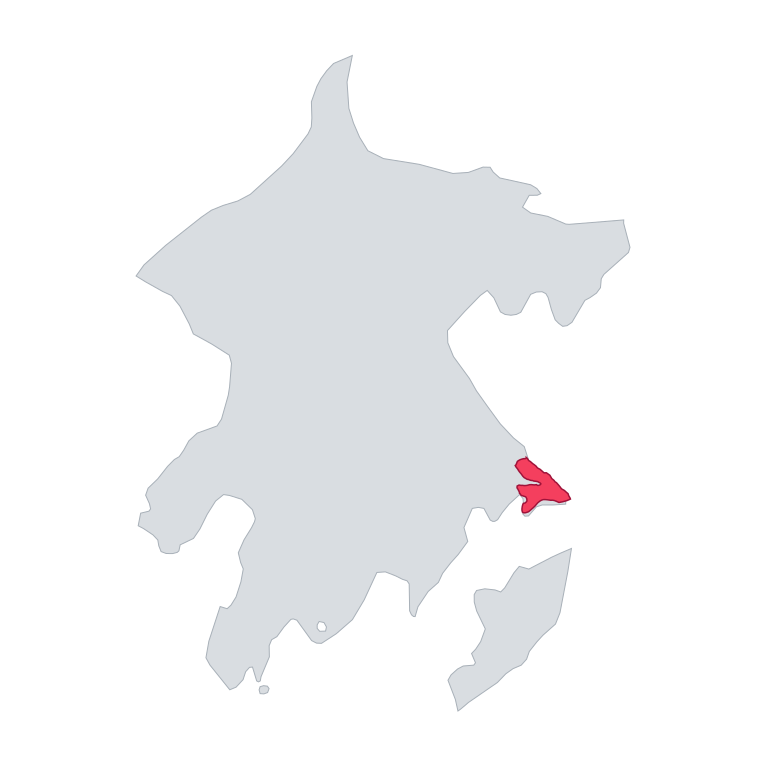 Zangilan District, Zəngilan, Azerbaijan shown in context, rotated 268°
{"feature_id": "54616110B64107713492867", "entity_name": "Zangilan District", "entity_type": "district", "adm_level": 2, "iso_a3": "AZE", "parent_name": "Azerbaijan", "parent_adm1": "Zəngilan", "projection": "robinson", "projection_center": [46.661, 39.06], "detail": "fine", "context": "in_parent", "style": "filled", "palette": "rose", "viewbox_px": 768, "rotation_deg": 268, "n_neighbors": 0, "source": "geoboundaries", "source_scale": "gbopen_adm2", "svg_char_len": 4909}
<svg xmlns="http://www.w3.org/2000/svg" viewBox="0 0 768 768"><g transform="rotate(268 384 384)"><path d="M539.6,629.3L536.2,629.1L512.0,634.6L506.9,632.9L485.9,607.6L481.6,604.8L472.7,603.7L467.4,599.5L463.1,592.8L460.6,587.7L439.1,574.0L435.9,569.0L435.4,564.6L438.5,560.7L442.2,557.3L452.6,553.9L464.8,551.0L468.7,548.9L470.7,545.2L470.6,539.4L468.5,533.7L450.9,523.2L448.9,518.7L448.3,513.2L449.3,507.4L452.0,502.9L466.3,496.8L473.9,490.4L469.1,483.3L453.6,467.1L435.2,449.3L423.0,449.2L408.9,454.4L386.5,469.6L374.0,476.1L357.8,486.8L340.1,498.8L325.6,511.5L316.5,522.0L300.4,526.5L292.2,535.3L265.2,561.7L257.6,561.4L257.2,548.3L257.6,537.9L255.9,532.0L247.1,523.8L247.0,520.2L249.4,518.1L256.1,519.4L264.7,518.9L268.8,515.7L259.6,504.9L251.4,497.7L244.4,492.8L242.9,489.9L242.9,487.9L244.3,485.4L256.2,479.5L257.4,474.0L256.6,467.9L237.8,458.9L223.7,462.2L211.0,452.2L202.9,444.4L192.8,436.0L183.8,431.4L175.1,420.9L160.1,410.1L150.5,407.0L150.6,405.4L152.4,403.4L156.4,401.7L183.3,402.2L186.5,400.2L188.2,395.6L191.9,388.8L196.2,378.8L195.9,370.3L169.0,356.7L149.6,344.2L136.1,327.6L127.0,312.5L127.4,307.5L130.1,302.7L151.0,288.7L152.4,285.1L152.0,282.7L144.6,275.5L135.3,268.2L132.4,262.8L126.5,260.1L115.3,259.9L95.8,250.9L91.6,250.0L90.7,248.2L91.7,246.4L105.7,242.7L105.5,239.7L101.3,235.7L93.4,232.8L86.2,225.6L83.8,219.2L109.1,200.3L116.6,196.5L133.1,200.0L167.3,212.5L164.9,219.4L168.4,223.4L176.3,228.7L191.3,234.1L204.1,236.9L210.6,234.5L220.4,232.5L233.2,238.7L245.0,246.6L250.9,249.8L254.0,250.7L263.0,248.1L273.7,237.9L278.0,225.7L279.1,219.8L272.9,211.6L260.0,202.8L245.6,195.0L236.3,188.2L230.4,174.7L224.4,173.2L222.9,171.4L221.9,166.8L222.2,160.4L224.3,155.4L230.1,153.3L236.0,152.5L241.3,147.8L248.0,138.5L250.9,133.4L263.4,136.3L265.1,144.6L267.3,146.4L272.6,145.4L281.2,141.9L288.1,144.6L297.0,154.5L309.3,164.9L315.9,171.9L318.5,176.8L324.8,181.5L334.0,187.0L341.4,195.6L347.9,215.7L354.6,220.4L378.3,228.0L386.7,229.6L410.0,232.3L418.2,230.4L430.1,213.0L440.7,195.2L450.8,191.5L468.9,182.8L479.8,174.7L484.3,165.9L494.4,149.3L500.6,140.0L511.4,148.3L530.2,170.7L557.1,207.3L563.7,217.6L568.1,229.6L572.0,244.2L578.2,257.0L605.5,289.4L617.4,301.3L636.6,316.8L643.4,320.3L652.3,321.2L668.6,321.3L683.8,327.3L691.3,331.6L699.1,337.7L706.1,344.8L713.4,363.8L687.1,357.6L660.7,358.5L645.9,362.6L631.5,368.2L617.7,376.0L609.3,391.3L602.3,426.9L592.0,460.2L592.5,475.7L597.3,490.5L596.9,497.6L592.0,500.5L585.9,506.8L578.0,537.5L574.0,543.6L568.8,547.4L567.3,543.8L567.5,535.7L555.9,528.6L549.8,536.6L545.8,553.5L537.5,571.2L537.1,574.6L539.6,629.3ZM147.7,315.7L148.9,310.9L145.6,308.8L142.1,308.7L139.1,311.1L139.1,317.0L143.2,318.0L147.7,315.7ZM60.3,454.2L56.4,449.2L54.6,446.5L66.3,444.3L85.7,437.6L91.0,440.9L96.6,447.6L99.4,453.3L99.9,463.9L102.2,465.7L111.6,462.1L115.8,466.4L123.1,471.6L135.7,476.7L153.9,468.7L162.9,466.6L170.4,466.8L174.4,469.3L175.8,477.6L174.3,487.8L172.1,493.4L176.0,497.5L190.8,507.3L197.0,512.8L194.0,522.3L205.0,545.4L208.8,554.5L213.1,565.6L190.3,561.2L149.3,551.9L138.1,547.0L127.4,534.1L121.1,527.9L111.7,519.9L104.0,516.9L98.2,511.3L95.0,503.0L90.1,495.6L81.7,486.9L62.8,457.3L60.3,454.2ZM86.1,256.9L83.6,258.5L79.7,256.9L78.5,253.2L78.9,249.4L82.7,248.5L85.8,249.6L86.7,253.1L86.1,256.9Z" fill="#d9dde1" stroke="#a8b0b8" stroke-width="1"/><path d="M298.0,512.3L296.7,512.9L295.3,513.9L294.2,514.7L292.7,515.5L291.5,516.3L290.2,517.3L289.6,517.8L288.1,518.8L286.9,519.6L285.5,520.9L284.8,522.1L283.7,523.8L283.6,525.0L283.2,525.6L282.5,527.5L282.3,529.2L281.8,530.2L281.5,532.1L281.2,533.6L280.7,534.9L280.2,535.5L279.5,536.8L278.7,537.3L277.9,536.7L277.3,535.1L277.3,533.8L278.1,533.0L277.9,530.8L278.1,529.2L278.3,527.9L278.3,526.1L277.7,523.5L277.6,522.0L277.6,520.4L277.9,518.9L277.9,517.4L278.3,515.4L277.4,513.5L275.6,513.3L274.1,514.2L271.3,515.5L270.0,515.6L269.6,516.2L268.5,516.8L267.8,517.4L267.6,518.2L267.2,519.3L266.8,520.3L266.4,521.6L265.4,522.2L264.3,522.7L262.2,522.8L260.9,521.8L260.2,520.9L259.8,519.0L258.2,518.3L256.7,517.9L254.4,517.5L252.7,517.5L251.1,517.9L250.4,519.1L250.4,521.0L251.2,523.8L252.0,525.0L253.9,527.3L255.1,528.8L256.8,530.7L258.4,532.1L259.9,533.5L261.6,535.8L262.4,537.4L262.9,539.0L262.9,540.9L262.6,543.2L262.0,546.6L262.0,548.4L261.6,550.2L260.6,552.5L259.5,554.7L260.0,558.1L260.7,561.2L261.1,562.7L261.8,564.6L262.5,566.3L263.5,566.0L265.9,564.7L268.0,564.1L269.3,562.6L271.3,560.6L272.4,558.8L273.1,557.7L275.3,556.2L277.1,554.8L279.4,552.9L280.2,551.6L281.9,550.4L283.6,548.4L285.1,547.6L287.0,546.6L288.7,544.4L289.6,543.2L289.6,540.9L290.9,539.5L292.0,538.4L293.3,537.0L294.3,535.2L295.1,534.1L296.3,533.4L297.3,532.3L298.3,531.1L299.1,530.0L300.4,528.6L301.4,527.6L302.1,526.4L303.0,525.6L304.6,524.7L305.6,523.6L305.0,523.6L304.5,522.6L304.5,520.8L304.0,518.7L303.6,517.4L302.8,515.8L302.0,514.6L300.4,513.9L298.6,513.1L298.0,512.3Z" fill="#f43f5e" stroke="#9f1239" stroke-width="1.5"/></g></svg>